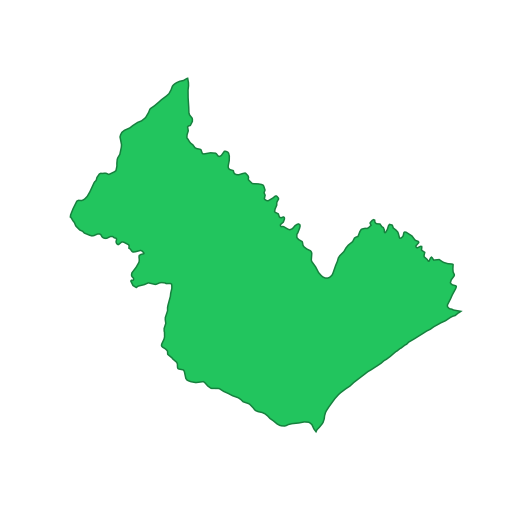 El Porvenir, Atlántida, Honduras, rotated 136°
{"feature_id": "27666195B30019857874789", "entity_name": "El Porvenir", "entity_type": "district", "adm_level": 2, "iso_a3": "HND", "parent_name": "Honduras", "parent_adm1": "Atlántida", "projection": "albers", "projection_center": [-86.935, 15.658], "detail": "fine", "context": "isolated", "style": "filled", "palette": "green", "viewbox_px": 512, "rotation_deg": 136, "n_neighbors": 0, "source": "geoboundaries", "source_scale": "gbopen_adm2", "svg_char_len": 6112}
<svg xmlns="http://www.w3.org/2000/svg" viewBox="0 0 512 512"><g transform="rotate(136 256 256)"><path d="M334.9,87.9L332.8,88.7L329.3,88.8L325.1,89.3L323.4,89.7L320.0,91.5L317.7,93.4L314.8,95.1L312.9,95.8L308.1,96.9L298.4,98.6L292.8,99.0L290.0,98.9L283.5,98.1L278.8,97.2L273.4,97.1L255.8,95.1L252.2,94.2L240.7,92.0L236.6,91.8L233.9,91.1L229.1,90.5L221.9,90.1L220.5,89.7L216.8,89.4L215.6,89.0L210.9,88.5L208.9,87.9L206.0,88.0L199.9,86.5L185.1,83.4L181.4,82.2L177.2,81.6L169.7,79.6L164.6,77.8L158.9,76.8L156.3,76.0L154.0,74.8L149.9,74.5L149.1,74.2L147.1,73.9L151.5,80.0L152.1,81.8L153.2,83.2L153.6,84.7L153.5,86.4L152.7,87.5L152.1,87.9L145.7,90.1L141.8,91.7L135.1,93.8L133.5,94.6L133.0,95.1L133.0,95.8L134.8,98.9L135.0,100.6L134.8,101.7L132.2,103.2L127.5,104.0L126.7,104.4L126.2,105.0L125.4,107.4L124.8,108.2L123.3,110.0L120.2,112.9L120.2,113.4L120.8,114.3L123.4,117.3L125.3,120.7L125.9,122.3L126.7,126.2L131.0,129.6L130.5,132.3L130.6,133.3L132.0,133.3L135.0,132.1L135.6,132.5L135.3,134.9L135.6,138.6L134.9,139.5L132.1,141.4L132.9,145.2L130.5,147.3L130.2,147.8L131.0,148.7L134.3,149.8L134.6,150.3L134.6,151.2L134.4,151.8L133.8,152.2L129.7,152.6L129.3,153.0L129.2,153.9L130.3,156.2L130.5,157.3L129.9,162.1L131.5,168.8L132.3,169.9L132.8,170.1L133.5,170.0L135.9,168.4L137.3,168.0L139.3,168.2L140.2,168.9L140.0,169.7L138.0,173.3L137.4,174.7L137.3,177.3L137.8,180.8L136.8,182.9L136.6,183.7L138.0,186.0L139.5,185.8L143.0,183.9L146.1,183.0L146.8,183.0L147.1,183.3L147.0,184.1L145.6,185.6L144.7,187.9L145.1,189.7L144.6,192.9L146.7,195.2L147.1,196.3L147.0,197.7L145.7,199.4L146.2,200.5L147.6,200.9L150.6,200.7L151.2,200.3L151.9,198.2L154.6,198.1L156.8,198.5L158.2,200.0L159.2,200.7L161.1,201.8L162.0,202.0L164.3,201.4L169.1,199.2L170.9,200.1L172.7,200.5L176.5,199.2L182.1,199.7L185.6,199.3L189.7,198.1L195.5,198.0L198.1,197.4L201.2,195.6L205.2,193.9L212.1,190.4L214.0,189.6L215.3,189.4L217.9,189.5L219.9,190.4L221.6,192.2L222.5,194.6L222.7,196.5L222.5,200.7L220.7,206.7L219.7,213.5L218.9,214.8L214.2,219.0L213.6,219.9L213.3,220.8L213.2,221.9L214.6,225.8L215.1,229.1L214.8,231.0L213.2,233.4L212.8,234.3L213.9,238.2L213.8,240.9L211.6,243.2L209.9,243.6L205.2,245.8L203.4,247.0L202.7,248.2L203.2,249.6L204.4,250.2L206.7,250.7L209.9,250.4L211.4,250.5L213.5,251.4L214.4,253.1L215.7,257.8L216.2,258.6L217.5,259.6L217.5,260.5L217.1,261.2L216.5,261.6L212.8,261.4L210.1,262.7L209.2,263.5L208.9,264.2L209.2,265.1L211.3,266.0L212.0,267.1L212.0,268.0L210.7,270.8L211.8,273.9L211.8,275.0L209.7,276.5L205.7,278.2L204.5,279.5L203.4,280.3L200.2,281.3L199.7,282.0L199.5,284.2L199.7,285.1L200.5,285.7L203.7,286.0L208.7,287.2L209.6,288.0L210.1,289.2L210.4,290.7L210.2,291.4L207.2,293.4L206.3,295.9L203.7,297.2L201.9,300.9L201.7,302.1L202.4,303.7L204.3,306.3L208.1,310.3L208.4,311.1L208.5,315.9L208.0,316.8L206.7,317.8L206.3,318.6L206.0,319.5L206.0,322.8L206.3,323.3L208.2,324.5L212.1,326.5L213.5,328.1L214.1,329.3L214.2,330.5L213.9,331.8L213.2,332.7L213.1,333.3L214.7,336.2L214.9,337.1L214.8,338.2L214.3,339.2L213.3,340.2L208.9,343.3L205.8,346.4L204.3,349.0L204.2,350.4L205.0,352.3L206.0,353.3L211.0,352.4L212.2,352.6L213.1,353.0L213.8,354.0L213.5,357.2L213.8,358.2L217.0,361.8L222.3,365.4L223.1,366.2L223.3,366.9L223.1,367.8L222.0,370.1L221.8,370.8L222.1,371.6L224.0,374.4L224.7,376.2L224.2,379.9L224.6,382.3L224.5,384.3L223.8,387.3L223.7,388.6L223.4,389.3L221.4,391.1L217.8,393.1L215.5,396.4L214.2,396.5L213.0,395.7L212.4,395.6L208.3,397.0L206.9,398.4L206.2,399.5L205.8,403.6L204.8,405.6L201.1,409.7L194.9,417.0L189.6,422.6L186.3,425.3L184.2,427.6L181.7,431.3L182.5,431.7L186.2,432.6L189.6,434.7L192.3,435.7L194.3,436.2L196.5,436.4L198.2,436.2L201.7,434.5L205.9,433.2L209.2,433.3L215.3,434.1L218.8,434.2L224.8,434.6L229.6,435.4L230.8,435.1L233.4,433.9L238.7,432.4L240.1,432.3L244.4,432.7L248.3,434.3L254.0,435.4L257.8,435.8L263.3,437.8L266.6,438.1L269.1,437.3L271.1,436.1L275.4,429.5L277.3,427.8L283.3,423.7L287.3,422.6L288.8,421.8L291.6,419.4L293.6,417.3L297.4,414.7L299.3,414.9L305.0,416.8L305.4,417.2L306.3,419.5L307.1,420.5L309.2,422.1L310.2,423.3L311.7,423.8L315.8,423.0L318.5,421.4L320.6,421.4L321.8,421.1L330.8,417.6L336.0,416.1L339.7,416.0L341.5,416.4L342.9,417.0L345.1,419.4L346.8,419.9L354.7,417.1L360.7,414.4L362.5,413.0L362.3,412.4L363.2,408.4L363.4,406.2L364.5,403.5L364.8,402.4L364.7,397.1L363.5,394.1L363.6,392.2L363.4,391.4L361.2,386.4L360.1,384.5L358.5,383.3L354.7,381.9L353.2,380.5L352.8,379.2L353.4,376.9L353.4,375.9L353.0,374.6L352.2,373.4L351.0,372.4L347.3,371.2L345.6,369.6L345.3,367.5L344.4,366.2L344.4,365.4L344.6,364.9L346.7,363.5L347.3,362.6L347.6,361.5L347.4,360.2L346.9,359.7L343.1,359.4L342.3,358.9L341.5,357.7L339.8,352.5L340.3,351.4L342.0,349.9L341.6,348.4L342.0,345.7L341.9,344.7L341.4,344.0L339.6,342.7L335.1,340.2L334.5,338.7L334.5,336.4L334.7,335.8L335.2,335.6L337.6,337.0L339.6,337.5L340.8,336.6L342.8,334.1L344.5,332.8L349.9,331.2L356.9,330.1L358.3,329.2L359.2,328.2L359.5,327.1L359.5,325.3L360.1,324.3L361.2,323.9L361.8,324.2L362.4,325.1L363.0,325.1L363.5,324.8L365.0,320.2L364.0,316.5L361.7,316.2L356.2,313.0L352.1,311.5L348.2,305.5L347.2,304.9L343.9,303.6L342.3,302.4L340.2,299.9L339.8,298.6L336.6,295.6L336.3,294.5L337.0,293.3L339.1,291.1L343.2,288.5L345.7,286.4L353.4,281.8L355.4,280.4L357.7,278.0L364.0,274.7L365.6,273.1L367.7,270.2L372.4,267.7L374.2,265.8L374.8,264.7L378.0,261.3L379.9,260.1L385.1,258.1L386.2,257.2L386.5,256.4L386.5,255.2L385.7,252.2L385.6,249.7L386.0,248.7L387.6,246.9L387.8,246.4L387.2,240.9L387.4,239.9L386.9,234.7L387.5,233.0L389.8,230.4L390.3,229.3L390.0,228.3L387.5,224.7L387.4,223.9L387.9,222.5L391.5,216.7L391.8,214.8L391.3,213.2L390.2,210.9L387.2,206.7L381.1,202.2L380.8,200.4L381.0,196.0L380.3,192.3L379.9,191.6L375.4,187.2L374.5,186.1L373.3,181.0L371.4,176.3L369.9,171.7L367.2,166.3L366.6,163.2L366.5,160.1L363.9,155.0L363.5,153.6L363.5,148.6L363.8,146.3L363.6,144.9L362.6,142.6L360.3,139.2L359.1,136.1L358.7,132.7L358.8,129.4L358.0,125.4L357.5,120.6L356.6,117.7L355.6,116.1L353.5,113.8L352.0,113.0L349.8,112.3L346.6,110.4L341.1,106.1L336.5,103.1L333.7,100.0L333.2,98.8L332.9,96.0L334.5,91.3L334.9,87.9Z" fill="#22c55e" stroke="#15803d" stroke-width="1.5"/></g></svg>